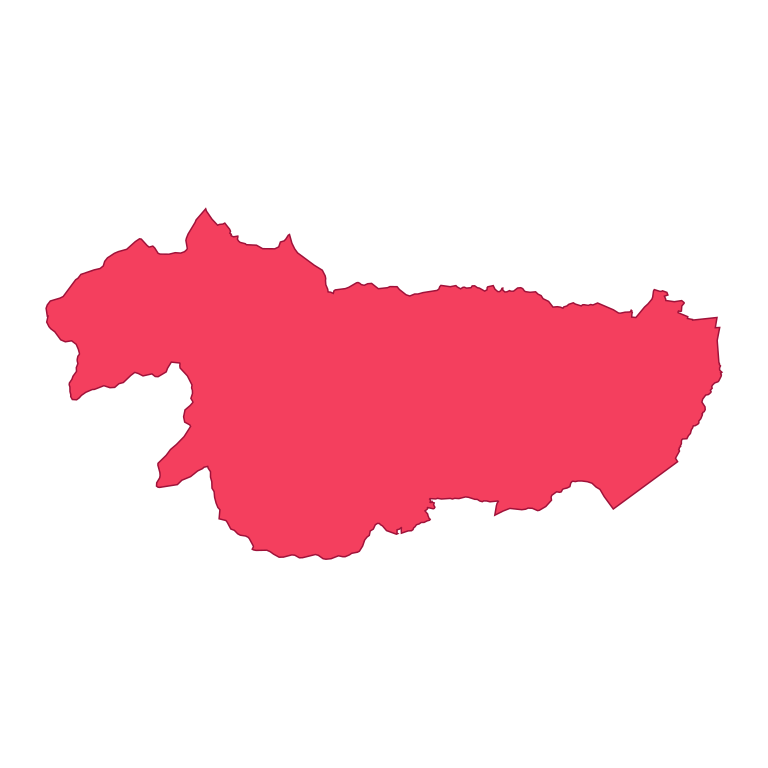 Densus, Hunedoara, Romania (Albers equal-area conic projection)
{"feature_id": "2599482B28304052342107", "entity_name": "Densus", "entity_type": "district", "adm_level": 2, "iso_a3": "ROU", "parent_name": "Romania", "parent_adm1": "Hunedoara", "projection": "albers", "projection_center": [22.719, 45.565], "detail": "fine", "context": "isolated", "style": "filled", "palette": "rose", "viewbox_px": 768, "rotation_deg": 0, "n_neighbors": 0, "source": "geoboundaries", "source_scale": "gbopen_adm2", "svg_char_len": 6089}
<svg xmlns="http://www.w3.org/2000/svg" viewBox="0 0 768 768"><path d="M613.3,509.0L677.6,461.7L675.5,458.2L679.5,451.0L678.7,449.4L679.2,449.0L679.4,447.5L680.6,446.5L680.3,445.9L681.4,443.7L681.4,441.2L681.8,439.7L682.6,439.0L686.9,438.7L688.4,435.7L690.4,433.5L691.4,429.7L692.6,427.9L693.3,425.8L694.9,425.8L697.8,424.2L698.9,422.9L698.8,421.1L700.8,418.7L702.4,414.8L702.0,413.9L702.5,413.6L702.8,412.5L704.2,411.6L705.2,409.7L705.0,406.8L701.9,402.1L702.7,399.1L705.7,395.1L708.5,394.5L710.8,392.5L711.1,391.7L710.4,390.2L712.2,388.2L711.7,386.8L712.4,385.2L714.6,383.0L717.9,381.8L718.8,380.9L721.1,376.3L721.4,374.9L720.7,374.1L721.1,373.3L720.7,372.9L721.9,372.2L719.9,370.4L719.6,369.6L719.6,367.8L720.5,365.9L719.4,364.6L719.4,363.3L718.9,362.7L717.2,340.4L719.7,327.5L715.3,327.7L717.0,317.5L692.6,320.1L692.6,319.5L687.4,318.5L687.8,316.7L678.1,312.7L678.0,312.1L678.5,311.0L680.5,311.4L681.4,311.1L681.8,306.0L684.1,303.3L684.1,302.6L681.7,300.6L674.3,301.7L665.8,300.5L665.7,299.1L664.4,296.2L667.9,295.0L666.9,292.4L662.5,290.8L661.2,291.4L659.7,291.3L654.3,289.6L653.5,291.0L652.7,297.0L651.9,299.2L648.0,303.9L644.5,307.1L635.9,317.5L631.7,317.1L631.9,313.7L632.3,312.6L631.9,312.2L631.9,310.8L631.2,310.2L630.5,311.6L629.6,312.0L625.0,312.2L620.2,313.2L618.5,313.0L613.4,309.8L597.6,303.0L592.9,305.0L590.7,304.5L588.3,305.4L584.0,304.7L582.6,304.8L581.2,305.9L575.4,304.1L573.3,302.8L568.8,304.3L566.8,306.0L563.8,306.9L562.9,308.2L560.6,307.2L557.4,306.7L553.0,307.1L548.6,301.4L543.1,298.7L541.1,295.6L538.1,294.2L535.6,291.8L530.0,292.3L525.8,291.7L524.5,291.1L522.7,288.6L520.8,287.7L517.6,288.0L513.5,291.2L510.9,291.2L509.5,290.6L507.0,291.8L504.9,292.0L502.8,290.1L502.8,288.1L502.0,288.3L501.1,290.2L499.6,291.6L497.8,291.6L495.0,289.2L493.2,285.6L487.8,286.8L487.2,287.5L487.0,289.8L484.7,291.1L479.4,288.1L477.4,287.7L474.7,285.8L472.2,285.9L471.0,287.7L466.5,288.1L464.4,287.2L463.0,287.3L460.6,288.8L457.3,287.0L455.9,285.6L450.2,286.7L440.9,285.4L439.7,286.8L438.9,289.0L437.1,290.4L423.0,292.6L418.0,294.0L414.7,294.0L409.8,296.0L406.1,294.8L399.4,289.5L397.1,286.7L390.0,286.6L387.5,287.7L378.3,288.7L371.6,283.4L367.7,283.7L364.2,285.3L361.3,284.6L359.6,283.2L358.0,282.5L356.5,282.8L348.8,287.3L345.4,288.6L335.3,289.9L334.0,290.8L333.3,293.4L330.7,292.2L328.1,291.9L327.7,289.2L325.8,284.7L325.5,280.5L325.7,278.5L325.2,275.9L322.3,270.2L314.2,265.2L297.6,252.9L294.7,248.9L291.9,243.2L289.5,234.5L288.3,235.2L285.8,239.1L284.1,240.9L280.4,242.0L278.7,246.9L274.8,248.8L262.7,248.7L256.5,245.2L246.4,244.7L245.3,243.7L240.1,242.4L238.5,241.0L237.4,239.2L237.9,236.8L237.8,236.1L233.5,236.8L231.3,235.8L231.0,235.2L231.3,234.3L229.8,233.2L230.5,231.3L229.6,229.2L224.8,223.1L222.8,224.1L219.5,224.4L217.6,225.2L212.0,219.2L206.5,211.2L205.7,208.8L196.1,219.9L195.1,222.4L188.1,234.0L186.4,238.2L185.9,240.5L187.3,248.5L186.7,249.7L184.5,251.7L180.7,253.1L175.2,252.7L169.0,254.2L160.1,254.1L158.1,253.3L154.7,247.9L152.8,246.1L149.1,247.1L147.1,245.5L141.3,239.1L139.5,238.8L135.3,241.6L126.7,249.3L118.4,251.6L114.4,253.3L107.5,257.8L104.7,261.3L103.3,265.9L100.1,268.5L94.1,269.9L80.9,274.4L78.0,278.2L75.6,279.8L63.2,296.5L60.0,298.1L50.3,301.0L47.3,304.9L46.1,308.3L47.3,316.2L48.0,316.1L46.7,322.1L49.0,326.7L50.8,328.8L54.8,331.8L60.7,339.8L65.3,341.8L71.6,340.8L76.2,344.3L78.3,349.2L79.4,353.2L79.4,354.3L77.9,356.2L77.2,359.4L77.2,360.9L77.9,363.6L76.3,367.6L76.5,371.4L73.0,376.2L71.9,379.3L69.4,383.0L69.2,384.8L69.9,387.0L70.0,391.6L70.8,394.8L70.7,396.6L72.3,399.5L76.6,399.8L79.3,397.8L81.4,395.4L85.8,392.3L92.3,389.5L94.4,389.4L103.9,385.7L110.0,387.7L114.7,387.4L118.9,383.7L123.4,382.5L130.8,375.4L134.8,372.4L138.3,373.5L143.0,375.9L151.9,373.9L155.2,376.5L158.1,376.7L166.2,371.9L167.5,368.3L171.3,362.1L179.7,363.0L180.0,363.9L179.8,365.7L180.1,368.0L187.4,375.9L192.0,385.0L191.6,387.9L192.4,390.4L192.5,393.5L190.9,398.4L192.7,401.4L192.9,402.4L190.1,405.6L185.0,409.9L183.6,416.8L184.7,422.1L189.8,424.9L190.6,426.4L184.1,436.6L176.4,444.5L170.5,449.5L166.2,455.3L158.0,463.3L157.9,465.2L159.9,472.6L160.1,475.6L159.7,477.8L156.7,482.8L156.5,486.1L158.0,487.2L159.6,487.4L177.4,484.6L181.9,480.2L190.6,476.6L197.7,470.9L202.5,468.6L204.0,467.2L207.7,466.4L208.2,468.2L210.5,471.7L210.5,477.1L211.8,481.8L212.0,488.2L214.1,491.6L214.6,497.3L216.1,503.1L217.9,507.5L219.9,509.7L219.1,518.8L225.9,520.5L227.3,522.4L230.8,529.0L234.3,530.3L237.7,533.8L240.3,535.2L245.6,536.0L248.2,537.3L249.3,538.6L253.2,545.8L253.4,546.8L252.2,549.2L253.5,549.9L256.1,550.4L266.8,550.2L270.2,551.7L273.5,554.1L279.1,557.2L283.5,557.1L291.8,554.9L294.8,555.2L299.4,557.8L302.6,557.7L315.4,554.5L318.3,555.3L323.1,558.7L325.9,559.2L331.1,558.7L338.5,555.8L342.7,556.7L345.2,556.7L349.4,554.9L351.7,553.3L357.5,552.2L359.4,551.2L362.6,546.1L364.7,540.0L367.0,537.1L369.3,535.4L370.2,531.0L373.3,529.1L375.3,524.8L377.4,523.4L379.5,523.5L380.3,524.6L382.5,525.9L386.5,530.6L396.4,534.2L397.8,533.6L397.0,533.1L397.1,529.7L399.2,529.2L401.2,527.6L401.5,527.9L401.2,529.1L401.4,533.2L408.1,530.9L411.5,530.7L413.0,529.6L413.7,527.8L415.0,526.8L416.5,524.7L419.2,523.9L421.1,522.5L424.1,522.4L427.1,520.9L429.6,520.2L430.2,519.3L429.1,518.4L427.7,514.9L427.8,514.2L425.0,510.9L427.1,509.3L427.7,508.4L427.4,507.9L427.7,507.5L433.2,508.8L434.2,508.4L434.9,507.2L433.6,504.9L434.2,502.9L432.4,502.3L432.1,501.6L431.0,502.6L430.1,502.3L430.6,500.5L429.6,499.1L430.0,498.6L435.7,498.9L437.6,498.3L441.4,499.0L450.2,498.4L452.4,499.0L454.8,498.3L458.9,498.6L465.6,496.9L468.5,497.3L474.8,499.3L477.3,499.4L479.8,501.0L482.3,501.7L483.7,500.9L486.9,501.0L489.9,501.8L497.8,501.0L498.3,501.4L497.1,503.3L496.4,505.7L494.8,515.2L503.2,511.0L509.8,508.4L521.8,509.7L525.6,509.2L528.1,508.1L532.3,508.3L537.6,510.6L539.3,510.3L545.8,506.5L551.5,500.2L551.1,497.1L551.8,495.3L556.6,491.8L559.7,492.3L561.3,491.8L562.4,489.6L563.3,488.9L567.1,488.0L569.9,486.6L570.7,483.2L571.9,481.6L572.9,481.2L575.3,481.6L577.9,481.0L582.0,481.0L587.4,481.7L592.0,483.2L596.0,487.0L600.0,489.4L604.2,496.6L613.3,509.0Z" fill="#f43f5e" stroke="#9f1239" stroke-width="1.5"/></svg>